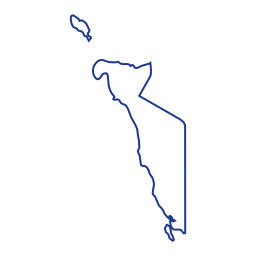 the border of Mindoro Occidental
{"feature_id": "PHL-2570", "entity_name": "Mindoro Occidental", "entity_type": "Province", "adm_level": 1, "iso_a3": "PHL", "parent_name": "Philippines", "parent_adm1": "", "projection": "equal_earth", "projection_center": [120.676, 13.012], "detail": "fine", "context": "isolated", "style": "outline", "palette": "blue", "viewbox_px": 256, "rotation_deg": 0, "n_neighbors": 0, "source": "natural_earth", "source_scale": "10m", "svg_char_len": 2176}
<svg xmlns="http://www.w3.org/2000/svg" viewBox="0 0 256 256"><path d="M185.2,232.5L185.0,233.2L183.5,233.2L181.3,230.3L179.9,229.6L173.8,229.6L172.1,228.3L170.6,225.2L170.1,221.4L170.8,217.9L171.4,220.0L172.3,221.2L173.5,221.4L174.9,220.6L174.1,220.1L173.5,220.2L172.8,220.6L172.2,218.3L172.2,217.9L170.2,215.9L169.5,216.2L169.5,218.8L167.9,217.6L165.9,215.4L164.1,212.9L162.9,210.0L160.4,206.9L159.6,206.5L159.0,205.7L154.9,196.3L153.6,195.2L152.7,193.8L152.9,190.7L153.9,185.2L153.8,182.6L153.2,180.0L152.3,177.7L149.7,173.7L148.0,169.1L146.6,167.1L144.4,165.9L142.5,165.9L141.1,165.2L140.5,162.1L140.4,160.7L139.9,158.2L139.8,156.7L139.5,155.2L137.9,151.7L138.0,150.5L138.4,149.7L138.9,148.9L139.2,148.1L139.3,146.9L139.0,140.6L138.1,136.5L137.2,129.2L135.5,125.1L131.2,117.4L128.0,108.9L125.8,105.3L121.1,103.2L119.3,100.3L117.7,99.4L114.3,99.8L113.3,99.1L114.4,96.7L111.8,93.5L109.9,89.8L108.7,85.5L107.9,76.3L107.2,74.1L106.0,73.2L105.3,73.3L103.5,73.7L102.9,74.1L102.1,74.8L101.7,75.5L101.3,76.2L100.9,76.9L98.9,79.0L97.8,79.3L96.2,78.6L95.0,77.2L93.9,75.3L93.2,73.1L92.9,70.9L93.3,67.9L94.4,65.2L96.0,62.9L97.8,61.2L100.1,60.1L102.4,60.0L109.1,62.1L115.0,62.4L116.2,62.2L117.3,61.8L118.3,61.9L120.2,63.4L121.2,63.7L123.1,64.1L126.9,64.0L129.2,64.5L130.5,66.0L132.1,64.9L133.3,65.5L135.1,67.8L136.8,68.0L138.3,67.5L141.2,66.0L149.9,63.4L150.4,63.0L150.5,63.8L151.0,70.3L150.9,73.7L150.2,76.4L139.2,95.9L180.0,119.3L183.6,122.1L185.1,125.4L185.2,232.5ZM88.5,35.7L89.3,36.3L90.1,36.5L90.6,36.9L90.9,38.4L89.2,40.1L88.8,40.7L88.2,39.6L87.5,38.1L86.7,36.7L85.8,36.1L84.4,35.8L83.8,34.8L83.5,33.7L82.8,32.5L81.8,31.6L80.8,31.1L79.8,30.8L78.5,30.7L77.9,30.3L76.7,28.5L73.5,27.1L72.0,24.8L71.1,21.7L70.8,18.5L70.9,17.1L71.3,16.1L72.1,15.5L73.1,15.4L74.5,16.1L76.9,17.7L79.0,19.5L79.5,20.9L80.9,20.3L82.8,20.8L84.7,22.1L86.2,23.5L89.5,30.3L89.0,31.8L88.1,32.9L87.7,34.0L88.5,35.7ZM172.3,235.5L173.5,238.4L173.8,239.8L173.4,240.4L172.6,240.6L171.6,240.1L170.7,239.1L169.8,238.5L169.1,237.3L168.7,235.4L167.7,233.6L166.0,232.3L164.8,228.3L166.8,224.8L169.6,226.2L170.5,229.2L171.2,233.6L171.7,234.7L172.1,235.2L172.3,235.5Z" fill="none" stroke="#1e3a8a" stroke-width="2"/></svg>